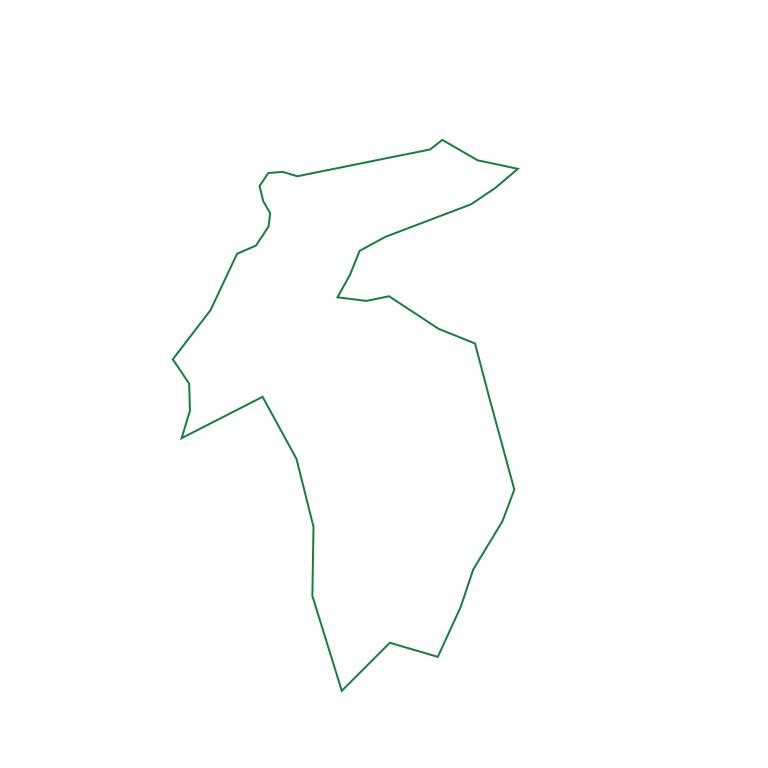 the border of Ibanda, rotated 135°
{"feature_id": "UGA-3369", "entity_name": "Ibanda", "entity_type": "County", "adm_level": 1, "iso_a3": "UGA", "parent_name": "Uganda", "parent_adm1": "", "projection": "orthographic", "projection_center": [30.484, -0.063], "detail": "fine", "context": "isolated", "style": "outline", "palette": "green", "viewbox_px": 768, "rotation_deg": 135, "n_neighbors": 0, "source": "natural_earth", "source_scale": "10m", "svg_char_len": 670}
<svg xmlns="http://www.w3.org/2000/svg" viewBox="0 0 768 768"><g transform="rotate(135 384 384)"><path d="M515.9,550.8L454.4,558.9L395.8,580.0L376.6,572.4L354.3,577.0L343.7,585.2L340.1,598.7L332.0,612.0L316.6,615.0L305.6,605.6L298.4,592.2L212.2,535.0L185.5,517.2L170.2,515.4L159.6,475.9L137.2,441.5L166.4,443.9L195.3,449.5L279.0,487.1L307.1,495.4L330.7,485.3L355.6,478.2L337.6,455.1L318.4,442.5L306.4,384.4L291.0,348.3L319.2,299.9L366.5,217.2L397.3,203.2L452.2,189.7L487.2,172.2L538.9,153.0L562.9,196.9L630.8,196.9L584.5,284.8L534.9,332.8L498.9,392.8L478.9,460.8L565.4,488.8L540.0,502.4L521.5,522.1L515.9,550.8Z" fill="none" stroke="#15803d" stroke-width="2"/></g></svg>